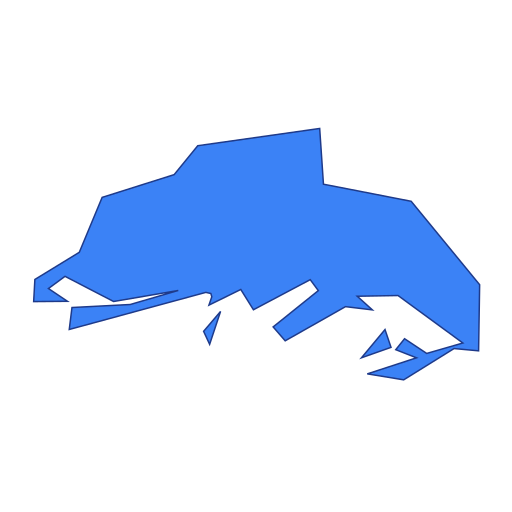 outline of Khánh Hòa, rotated 89°
{"feature_id": "VNM-479", "entity_name": "Khánh Hòa", "entity_type": "Province", "adm_level": 1, "iso_a3": "VNM", "parent_name": "Vietnam", "parent_adm1": "", "projection": "equal_earth", "projection_center": [109.201, 12.32], "detail": "coarse", "context": "isolated", "style": "filled", "palette": "blue", "viewbox_px": 512, "rotation_deg": 89, "n_neighbors": 0, "source": "natural_earth", "source_scale": "10m", "svg_char_len": 764}
<svg xmlns="http://www.w3.org/2000/svg" viewBox="0 0 512 512"><g transform="rotate(89 256 256)"><path d="M354.7,35.1L352.0,59.6L382.4,110.5L375.8,146.8L360.6,97.3L352.1,117.9L341.3,108.9L356.4,87.0L346.6,50.7L298.0,114.7L298.0,155.5L311.9,140.6L308.2,167.4L341.3,228.3L327.2,240.1L291.7,194.3L280.6,202.2L309.7,259.5L289.2,271.8L304.3,303.9L296.0,300.9L292.7,301.8L291.5,306.8L326.2,444.0L304.3,440.9L302.3,382.6L289.1,334.3L299.0,399.2L273.0,447.3L284.9,464.1L298.0,445.3L297.7,479.1L275.6,477.5L249.2,432.6L194.7,408.8L173.2,336.4L144.7,312.3L129.6,190.1L185.4,187.3L204.0,99.9L288.6,32.9L354.7,35.1ZM349.7,122.6L359.6,152.3L331.8,128.3L349.7,122.6ZM310.8,292.4L343.5,303.9L330.4,309.7L310.8,292.4Z" fill="#3b82f6" stroke="#1e3a8a" stroke-width="1.5"/></g></svg>